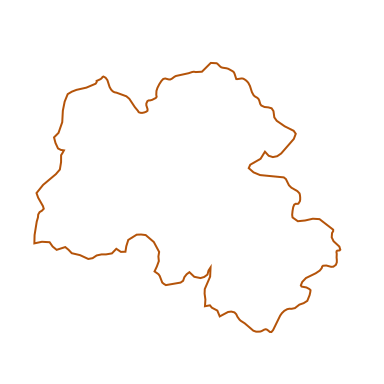 an SVG outline of Houaphan, rotated 7°
{"feature_id": "LAO-3288", "entity_name": "Houaphan", "entity_type": "Province", "adm_level": 1, "iso_a3": "LAO", "parent_name": "Laos", "parent_adm1": "", "projection": "robinson", "projection_center": [104.1, 20.28], "detail": "fine", "context": "isolated", "style": "outline", "palette": "amber", "viewbox_px": 384, "rotation_deg": 7, "n_neighbors": 0, "source": "natural_earth", "source_scale": "10m", "svg_char_len": 3327}
<svg xmlns="http://www.w3.org/2000/svg" viewBox="0 0 384 384"><g transform="rotate(7 192 192)"><path d="M200.8,61.2L202.0,61.9L204.5,63.9L205.9,64.7L207.4,64.9L211.2,65.0L213.0,65.3L217.7,67.2L219.0,68.1L219.9,69.6L221.7,73.5L222.2,74.5L223.4,74.4L227.2,73.3L228.7,73.2L230.2,73.7L231.9,74.6L233.4,75.7L234.6,76.8L236.6,79.7L239.3,85.6L241.4,88.5L242.8,89.5L245.4,90.6L246.7,91.6L247.6,93.0L249.0,96.3L250.2,97.7L253.6,98.8L257.4,98.7L260.8,99.2L263.0,101.8L264.6,107.9L267.4,111.0L276.0,115.5L285.5,118.9L287.9,121.6L287.7,122.4L286.6,126.9L275.8,142.9L272.2,146.1L268.0,147.5L263.7,146.7L259.5,143.1L256.0,150.7L246.5,157.8L245.4,161.4L250.7,165.0L257.5,166.9L281.3,166.3L283.6,167.7L287.4,173.5L290.1,175.6L296.5,178.3L298.9,180.3L299.5,181.9L300.0,184.0L300.3,186.3L300.2,188.0L299.0,190.6L297.7,191.0L296.4,191.0L295.0,192.1L294.3,194.7L294.1,198.6L294.2,202.5L294.9,205.0L300.6,208.1L307.7,206.5L315.2,203.8L321.9,203.4L336.7,212.2L336.9,213.6L336.0,215.7L336.2,220.0L338.5,223.6L344.9,228.2L346.2,231.2L345.6,232.0L343.3,232.5L342.8,233.0L342.7,234.1L343.2,235.8L343.5,239.4L344.0,241.7L344.3,244.1L343.7,246.7L343.1,247.3L341.4,248.9L339.2,249.3L334.3,248.6L331.1,249.2L330.3,250.1L330.0,251.8L328.4,254.4L324.7,257.6L315.6,263.5L312.4,267.8L311.4,271.4L312.3,272.5L317.2,272.8L320.3,274.0L321.6,275.0L321.6,276.8L321.3,280.0L319.7,286.0L316.4,288.7L312.3,290.7L308.3,294.7L305.1,295.8L302.9,296.0L300.8,296.7L298.1,298.7L296.0,301.3L294.6,303.9L289.3,319.2L287.9,321.3L286.3,321.4L283.5,319.6L282.0,319.2L280.5,319.8L278.0,321.6L276.5,322.3L272.6,322.8L269.8,322.2L260.3,315.9L256.1,313.9L254.7,312.9L252.3,310.3L250.8,307.9L248.8,306.3L245.5,305.9L242.4,306.7L234.7,312.1L231.6,306.6L225.8,304.4L223.6,302.3L218.8,303.8L218.8,303.7L218.4,297.1L216.9,291.4L216.5,286.8L220.3,273.8L219.6,264.6L218.0,267.9L217.4,272.1L214.4,274.9L210.9,276.4L204.6,275.9L199.2,271.9L196.7,274.3L194.8,277.5L194.0,281.2L191.7,283.3L177.4,287.6L175.2,286.6L173.5,285.5L170.2,279.3L168.8,277.7L164.5,275.4L166.2,270.2L167.5,264.6L166.5,260.1L166.7,255.5L160.2,246.3L151.3,240.4L146.7,240.4L142.3,241.1L134.6,247.3L133.4,253.8L133.2,259.4L128.7,260.1L123.8,257.6L120.0,262.7L114.3,264.4L109.7,265.0L105.1,266.6L101.4,269.8L97.2,271.1L88.5,268.3L80.1,267.4L76.5,264.4L72.9,262.1L64.7,265.9L60.3,263.1L56.8,259.2L49.1,259.7L41.8,262.2L41.0,253.9L41.5,240.3L42.2,236.0L42.1,233.1L43.2,230.5L45.3,228.9L46.9,226.7L45.8,224.2L40.0,216.4L37.8,212.0L43.4,203.0L54.7,190.9L58.1,185.8L58.4,178.3L57.6,171.4L58.7,169.1L59.8,166.3L56.7,166.2L53.7,165.1L50.5,159.9L48.4,154.6L52.3,149.6L54.7,138.5L53.9,127.0L54.6,117.8L56.7,110.0L60.6,107.0L64.9,104.7L74.4,101.3L83.1,96.3L83.6,95.4L84.0,94.3L83.8,93.3L84.1,93.2L87.5,91.1L88.6,89.9L89.2,88.7L90.0,88.2L92.3,89.1L94.4,91.3L97.4,97.8L99.2,100.2L100.5,101.3L101.8,102.1L103.2,102.5L104.9,102.6L115.2,105.0L118.4,107.1L124.9,114.7L128.5,118.1L129.0,118.9L129.7,119.4L131.6,119.7L133.1,119.5L135.1,118.8L136.9,117.8L137.9,116.8L137.8,115.2L136.1,111.5L135.9,109.7L136.7,107.2L137.8,106.4L139.2,106.2L141.2,105.4L144.6,103.1L145.3,101.8L144.7,100.0L144.4,96.0L145.0,92.9L146.4,89.0L148.1,85.5L149.7,83.3L151.6,82.6L155.0,83.1L156.6,83.0L158.1,82.1L160.6,79.7L161.9,78.8L174.2,74.5L177.5,72.9L179.2,72.4L181.1,72.5L187.2,71.4L194.9,61.6L200.8,61.2Z" fill="none" stroke="#b45309" stroke-width="2"/></g></svg>